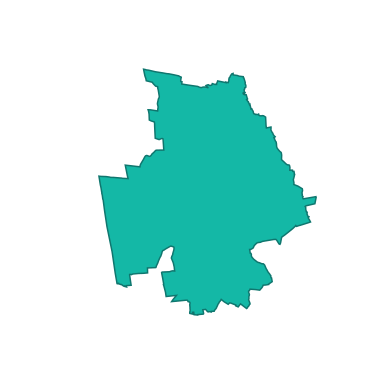 outline of Rachiti, Botosani, Romania, rotated 225°
{"feature_id": "2599482B10393832420275", "entity_name": "Rachiti", "entity_type": "district", "adm_level": 2, "iso_a3": "ROU", "parent_name": "Romania", "parent_adm1": "Botosani", "projection": "natural_earth1", "projection_center": [26.699, 47.8], "detail": "fine", "context": "isolated", "style": "filled", "palette": "teal", "viewbox_px": 384, "rotation_deg": 225, "n_neighbors": 0, "source": "geoboundaries", "source_scale": "gbopen_adm2", "svg_char_len": 5951}
<svg xmlns="http://www.w3.org/2000/svg" viewBox="0 0 384 384"><g transform="rotate(225 192 192)"><path d="M302.8,251.2L308.6,247.6L309.7,246.8L310.5,246.1L311.6,245.6L313.1,244.6L310.0,242.5L307.4,240.8L304.7,239.5L303.0,238.3L297.7,241.5L296.1,241.2L292.6,241.1L290.8,242.2L289.2,240.9L288.2,240.4L282.9,236.6L282.1,235.7L281.6,234.1L279.1,230.2L278.4,229.6L276.5,228.5L275.4,227.4L275.1,226.8L273.6,225.0L279.5,220.7L281.2,219.1L279.5,218.2L277.4,216.7L273.1,212.7L271.1,213.4L268.2,214.9L266.9,214.0L264.7,211.9L256.0,204.0L252.3,205.8L251.5,207.9L251.2,208.4L250.8,208.7L250.6,209.0L250.3,209.1L249.6,208.7L241.6,201.7L246.4,196.8L247.0,196.0L247.1,195.2L247.0,192.8L247.2,190.8L246.8,188.9L246.8,188.0L247.2,187.2L247.6,186.9L249.8,185.9L250.4,184.7L250.2,183.3L249.4,180.8L248.0,175.3L247.3,173.9L246.6,173.0L258.2,163.8L249.5,158.0L246.7,156.3L250.7,152.6L251.7,152.0L253.3,150.6L257.6,147.0L260.0,144.7L260.8,144.3L263.6,142.2L267.7,138.4L269.0,137.4L261.8,132.2L259.4,130.7L256.1,128.3L255.9,128.3L254.7,127.2L252.9,126.1L250.2,124.0L249.1,123.5L240.4,116.8L227.5,107.3L206.3,93.3L189.0,80.4L180.2,74.2L179.9,74.3L179.6,75.3L179.3,75.5L178.9,75.2L178.7,75.3L177.5,76.0L176.9,76.2L176.7,76.6L174.0,77.1L173.2,78.0L172.7,78.1L172.7,77.7L171.1,78.6L171.8,79.0L172.2,79.4L169.1,83.0L177.3,89.1L177.8,89.6L177.6,90.0L176.7,90.5L176.3,90.8L176.2,91.5L175.6,92.5L172.1,96.7L169.0,100.0L166.2,103.4L169.8,106.8L164.2,112.9L164.3,113.6L164.9,114.5L166.0,117.6L167.0,119.6L168.4,123.2L168.6,124.3L169.8,126.9L170.8,128.5L171.2,129.8L171.2,130.1L170.8,130.9L170.4,133.1L168.9,138.5L168.6,138.9L166.1,140.2L165.3,139.9L164.0,138.4L162.1,135.0L161.4,134.1L160.7,132.1L159.9,130.7L155.2,128.7L151.4,126.3L150.0,125.1L148.4,123.9L150.0,122.5L150.9,121.1L151.1,120.4L151.8,119.4L156.3,114.5L156.6,113.9L156.5,113.5L151.2,109.9L147.1,107.0L146.8,106.7L146.7,106.2L146.2,106.1L139.9,102.4L136.4,99.8L129.9,107.9L129.4,102.8L128.9,100.1L119.7,111.3L118.9,112.1L118.2,112.1L117.2,111.7L116.0,112.5L115.2,112.3L114.7,111.9L113.9,110.7L111.8,109.0L110.9,108.1L109.8,107.2L109.3,106.6L108.6,105.4L107.7,104.6L105.1,106.2L106.6,107.3L105.8,108.2L103.8,106.7L101.0,109.0L101.3,109.3L97.7,113.6L97.7,114.0L98.1,114.5L101.1,116.4L99.4,118.6L98.6,118.6L97.1,118.4L96.0,118.5L95.7,118.7L95.4,119.5L93.6,120.7L94.0,121.1L92.0,123.4L92.4,124.3L92.4,124.9L92.6,125.2L92.5,126.3L92.7,126.8L92.8,127.5L93.2,128.2L93.6,129.6L94.2,130.8L94.3,131.2L94.3,131.9L94.9,133.5L94.9,134.5L95.0,135.4L95.4,136.7L91.6,137.1L87.0,138.2L87.0,140.2L85.8,141.0L83.0,142.2L81.5,143.0L81.0,143.1L80.9,142.5L80.7,142.4L78.1,143.4L78.6,147.2L71.0,148.2L70.9,149.0L71.0,149.6L71.3,149.9L71.3,151.9L71.6,152.3L71.8,153.1L71.7,153.5L71.8,153.9L72.9,154.6L75.7,155.8L76.0,156.1L76.2,156.7L77.7,158.1L78.7,159.9L79.3,160.3L80.4,160.8L81.0,161.1L81.6,161.6L81.9,162.0L81.7,162.5L81.8,163.1L82.3,164.3L78.0,168.0L74.7,170.5L74.9,173.7L75.2,175.1L75.8,176.4L74.1,178.4L72.4,180.8L72.7,181.0L71.9,185.3L75.0,187.5L75.4,187.3L76.5,187.9L77.2,188.6L78.6,188.7L79.0,188.9L81.1,189.1L82.5,189.4L83.9,189.9L85.3,190.2L89.0,191.7L90.7,191.7L92.0,190.6L94.3,189.7L96.0,188.7L100.9,188.1L103.4,188.3L104.5,188.6L105.1,189.0L105.7,189.7L106.9,190.3L107.5,189.9L110.6,192.1L109.9,192.8L109.2,195.3L109.3,196.1L109.9,197.6L110.1,198.3L110.1,201.6L109.7,202.7L108.1,204.8L107.2,207.0L100.5,216.4L99.2,217.8L97.9,217.8L93.7,216.8L92.8,217.2L93.3,218.5L96.3,222.9L96.6,223.7L96.0,227.3L94.9,237.2L94.8,240.5L94.9,241.7L93.9,241.5L93.7,241.7L92.5,244.2L92.2,244.5L87.7,253.1L87.0,254.6L89.2,255.3L90.7,255.6L91.8,256.1L92.0,256.5L91.7,256.9L91.8,257.2L92.7,256.8L93.5,257.0L93.9,257.3L95.1,257.7L95.4,258.2L96.0,258.6L96.2,258.9L96.2,259.1L96.5,259.2L97.2,258.9L99.2,260.1L100.8,261.6L101.4,261.8L101.7,261.7L101.8,262.0L101.6,262.9L96.8,270.6L100.3,275.8L100.5,275.7L101.1,276.3L108.5,265.8L109.3,266.1L109.9,266.4L110.3,267.3L111.3,267.3L111.9,267.7L112.3,268.3L113.6,269.1L114.7,271.0L115.1,271.4L116.3,272.3L121.2,271.1L125.3,269.3L126.3,270.5L129.1,272.4L130.1,274.2L131.8,276.9L132.0,276.7L133.2,277.8L134.5,278.7L135.4,277.8L136.4,278.5L138.3,276.6L140.2,278.7L141.8,279.7L142.3,279.8L142.5,279.7L143.8,278.7L144.8,278.4L151.5,278.2L151.8,278.4L154.7,281.5L156.5,282.8L157.1,283.0L158.5,282.8L161.4,283.0L163.0,283.3L164.2,283.9L166.6,286.0L167.0,286.1L167.3,286.5L168.0,286.9L169.0,287.0L172.4,288.3L171.9,288.7L172.0,288.9L172.5,289.0L172.4,289.9L173.3,289.8L174.4,289.9L175.5,290.2L176.4,290.7L177.4,290.8L179.7,291.5L180.3,291.9L181.5,293.3L182.1,293.8L184.7,289.9L186.6,291.3L192.9,297.0L195.3,296.5L196.4,295.6L197.0,294.6L198.2,293.8L198.9,293.6L200.0,294.2L200.1,293.9L200.0,293.5L201.1,292.5L201.8,292.2L201.8,291.8L202.0,291.7L203.8,291.1L204.3,291.3L205.7,292.2L206.2,292.4L207.7,292.7L208.3,293.1L208.7,293.1L209.0,292.4L213.1,295.0L213.1,294.4L215.9,295.6L216.0,295.4L216.8,295.6L218.7,295.9L218.4,296.8L218.5,297.1L219.0,297.2L222.5,299.1L223.3,298.2L223.8,298.2L224.0,297.8L224.8,297.6L225.3,297.9L225.7,297.9L225.9,298.2L225.6,298.7L225.7,299.1L225.4,299.2L225.0,299.0L224.6,299.5L224.7,299.9L225.6,299.8L225.8,300.0L227.1,300.8L227.3,301.0L227.6,301.4L227.5,301.8L228.4,303.0L228.1,303.4L228.0,304.1L229.0,305.2L229.7,305.7L230.3,305.8L231.2,306.3L231.8,307.1L234.8,308.7L236.0,309.3L236.2,309.1L237.3,309.8L240.6,307.2L242.4,306.4L245.7,303.9L246.8,304.9L247.4,303.6L247.0,301.4L246.4,300.0L246.4,298.9L245.5,297.6L244.7,296.9L244.2,295.8L243.7,295.0L244.5,294.4L245.7,293.7L245.2,293.4L252.4,288.7L251.5,287.0L251.4,285.9L251.3,285.7L250.7,285.4L251.8,284.3L254.3,283.0L253.7,281.8L253.9,281.0L254.2,280.5L255.1,279.7L256.3,279.4L256.7,278.8L257.4,277.2L255.4,277.1L254.0,277.2L256.3,276.1L257.8,274.7L258.4,274.0L259.3,272.3L260.7,271.4L262.6,270.7L269.8,265.3L275.6,261.1L277.1,262.9L278.0,262.2L278.6,262.6L280.2,264.6L280.4,265.2L281.0,265.6L282.5,264.9L283.4,264.8L288.4,261.6L291.8,259.3L293.6,257.8L296.8,255.6L302.8,251.2Z" fill="#14b8a6" stroke="#0f766e" stroke-width="1.5"/></g></svg>